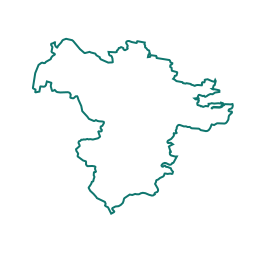 the border of Rostov, rotated 189°
{"feature_id": "RUS-2367", "entity_name": "Rostov", "entity_type": "Region", "adm_level": 1, "iso_a3": "RUS", "parent_name": "Russia", "parent_adm1": "", "projection": "robinson", "projection_center": [41.086, 48.087], "detail": "fine", "context": "isolated", "style": "outline", "palette": "teal", "viewbox_px": 256, "rotation_deg": 189, "n_neighbors": 0, "source": "natural_earth", "source_scale": "10m", "svg_char_len": 5812}
<svg xmlns="http://www.w3.org/2000/svg" viewBox="0 0 256 256"><g transform="rotate(189 128 128)"><path d="M83.8,88.9L84.7,88.7L85.1,86.5L85.8,85.5L88.5,83.7L90.2,81.8L91.6,81.0L91.9,80.6L91.9,79.1L92.5,77.0L89.4,73.2L88.7,72.0L88.5,70.7L89.1,69.4L90.9,68.4L91.4,67.8L91.6,67.0L91.2,66.6L92.7,65.3L93.8,65.0L96.6,65.3L100.6,66.3L103.2,66.3L105.2,65.5L106.4,64.5L107.1,64.2L109.4,63.9L110.6,64.0L113.3,62.5L115.9,62.5L120.5,58.2L120.9,57.2L121.0,55.2L121.4,53.2L123.1,50.9L125.1,49.3L128.1,48.5L130.8,46.5L131.0,45.8L130.7,45.2L128.8,43.7L128.5,43.2L128.8,42.6L131.2,40.8L135.3,46.5L137.8,47.3L138.5,47.8L138.6,48.0L138.3,48.8L138.3,49.8L139.3,51.4L147.7,53.9L148.7,55.0L151.7,57.5L155.4,60.0L157.3,62.4L157.5,63.1L156.3,65.5L155.5,67.4L155.3,69.1L154.3,69.7L154.0,70.1L153.9,72.2L153.5,74.2L153.6,74.7L154.5,76.0L154.7,78.8L154.4,79.2L153.2,79.4L152.9,80.0L154.2,82.4L154.1,84.4L154.9,84.9L157.4,84.9L161.8,84.0L162.9,84.4L163.8,85.6L164.1,87.9L164.5,88.5L167.3,88.9L173.2,92.0L173.4,92.6L173.2,94.7L173.6,95.4L175.4,97.3L176.0,98.9L173.0,102.5L173.1,103.4L174.5,105.5L174.6,106.2L174.2,107.3L173.1,107.8L172.3,109.1L170.9,109.3L170.0,109.8L168.4,109.9L166.5,110.8L165.1,110.6L163.6,111.1L160.9,111.1L156.1,113.1L154.5,114.7L154.3,115.3L155.7,117.6L156.7,119.7L156.4,120.1L154.1,120.4L153.6,120.8L153.5,121.4L153.6,122.1L154.9,123.2L155.2,124.9L155.1,125.2L154.0,125.9L153.6,126.3L152.6,129.0L152.7,129.9L153.0,130.3L154.5,130.4L157.7,130.1L159.3,130.2L160.9,130.8L162.1,129.8L162.9,129.6L168.0,130.9L170.0,132.9L175.8,137.5L177.6,142.4L181.5,148.4L182.6,150.7L183.2,151.4L184.6,151.1L186.4,148.9L187.3,148.7L189.1,148.8L189.7,149.1L189.8,150.1L189.8,152.0L190.9,153.4L192.1,153.9L193.3,153.9L200.4,152.5L203.4,152.4L204.3,152.6L206.3,154.1L207.7,153.1L208.6,152.8L209.4,154.0L210.8,157.1L210.9,158.2L210.7,160.4L211.0,160.7L215.4,161.3L215.8,157.4L216.5,156.2L217.5,155.6L220.9,155.4L221.1,155.2L221.2,150.1L224.7,148.8L225.2,149.0L225.3,151.1L225.4,151.5L227.7,152.2L228.1,152.5L228.2,152.9L228.2,167.7L226.2,176.3L223.9,178.6L223.0,179.1L221.1,178.9L220.1,179.3L219.4,180.5L215.5,183.6L215.0,184.2L214.8,185.6L213.7,187.4L212.0,188.8L211.8,189.4L212.2,189.9L214.9,190.8L215.5,191.5L215.3,196.1L216.9,198.0L217.0,198.5L216.9,199.2L215.5,199.9L213.8,201.2L213.5,201.2L213.4,199.3L212.8,198.2L212.1,197.2L210.9,196.4L210.5,196.4L210.3,196.8L210.0,198.0L207.4,202.0L206.4,204.3L205.6,205.0L203.1,206.4L196.9,206.0L195.7,205.3L187.8,198.4L182.8,195.3L182.2,195.3L177.8,197.2L176.6,196.8L172.3,196.4L171.9,196.3L170.6,194.9L166.9,193.4L166.8,192.7L165.7,191.6L157.8,189.5L153.9,190.3L153.4,190.6L153.4,190.9L154.2,194.1L155.2,196.0L155.8,196.6L157.3,196.8L158.0,197.3L159.1,200.1L152.2,200.8L151.1,201.3L151.1,202.4L150.8,203.1L150.0,203.9L149.6,205.5L148.4,206.0L147.7,206.7L147.1,206.8L145.2,206.2L144.8,205.1L143.7,204.4L142.9,204.5L141.2,205.8L140.8,206.3L140.8,206.7L141.5,207.7L141.1,208.8L141.2,209.3L143.0,211.4L143.2,212.3L142.9,213.2L141.9,213.8L140.6,214.1L137.8,213.5L133.3,213.3L132.8,213.4L132.4,215.1L131.8,215.2L124.8,215.0L124.8,213.1L124.0,212.3L123.9,211.1L123.6,210.3L122.4,209.7L121.0,208.3L119.3,207.8L119.0,207.4L118.7,205.9L118.0,205.2L118.2,204.7L119.0,204.2L119.3,203.5L119.4,201.1L117.4,201.7L117.2,201.9L117.1,203.2L116.6,203.5L111.5,203.6L111.0,203.0L110.8,201.8L110.6,201.6L97.8,201.6L97.1,201.1L96.2,199.4L94.4,199.0L94.3,198.4L94.6,197.9L96.0,196.6L95.9,195.0L94.4,194.3L93.7,191.6L93.5,191.4L88.6,190.9L88.2,190.7L88.0,190.1L88.3,187.6L88.8,187.2L89.9,186.8L90.2,185.1L91.1,183.6L89.1,182.9L87.5,181.9L81.7,181.8L81.3,181.7L80.8,181.0L80.1,180.9L78.0,180.9L77.2,181.4L72.9,181.3L72.3,180.7L69.7,180.4L69.2,180.1L68.6,180.1L67.5,180.9L65.9,181.4L61.8,181.7L61.6,182.3L62.0,183.6L61.9,184.5L61.5,184.9L60.2,184.9L59.7,185.1L59.5,186.1L59.7,187.5L59.4,187.8L56.9,188.6L52.4,187.4L50.2,187.2L49.8,187.5L49.4,189.1L48.7,188.1L49.1,184.0L50.0,183.4L50.3,181.3L50.2,180.1L51.1,179.8L50.7,179.6L49.5,179.5L48.9,179.8L43.9,179.5L43.6,179.3L43.4,177.9L47.6,176.6L49.7,174.6L52.0,174.4L53.8,173.2L55.3,171.7L56.6,170.9L57.3,171.1L57.9,171.7L59.1,171.2L62.7,171.9L63.3,171.7L63.6,171.1L64.1,168.8L64.8,168.2L66.9,167.6L65.8,166.9L64.9,167.0L63.3,168.7L62.8,168.3L62.7,167.9L63.1,166.7L62.5,166.5L62.3,166.2L62.6,164.5L63.1,164.4L63.4,163.9L63.4,162.7L62.8,161.6L60.3,161.3L59.3,160.8L58.8,161.1L57.1,160.6L54.7,161.9L52.4,161.9L51.9,163.2L52.2,164.5L50.5,164.9L49.2,165.6L46.7,165.6L42.6,166.6L39.6,166.7L40.1,167.3L40.1,167.6L38.4,167.4L37.6,167.0L37.1,166.4L37.7,166.2L38.2,165.3L38.9,164.8L39.8,163.4L40.9,162.9L46.9,162.2L48.4,161.0L48.4,160.6L48.1,160.5L47.1,161.7L41.0,162.4L39.6,162.9L38.5,163.7L37.9,164.8L36.6,165.7L36.2,166.5L35.5,166.8L30.2,167.4L28.6,168.0L28.1,166.9L28.0,165.6L28.2,164.4L28.8,163.5L30.9,162.4L31.3,161.8L31.4,161.0L31.1,160.5L30.6,160.3L28.2,160.4L27.8,160.0L27.8,159.3L28.3,158.6L30.1,156.2L30.3,155.0L30.2,152.1L30.7,150.7L31.3,149.3L32.2,148.1L33.3,147.5L40.1,146.7L41.0,146.4L43.4,144.4L45.8,144.6L46.1,144.0L46.4,142.3L47.0,140.4L47.8,138.8L49.0,137.6L50.5,137.1L55.8,137.3L57.5,138.3L58.2,138.4L64.9,137.7L65.5,137.8L67.2,138.7L69.3,138.3L71.0,138.7L73.0,138.3L77.3,139.1L78.3,139.0L79.2,138.3L79.7,137.2L80.0,136.1L79.8,135.0L80.4,133.0L79.9,131.7L79.2,130.8L79.9,130.2L81.9,130.0L82.0,129.6L81.5,128.3L81.6,127.4L82.0,126.6L83.6,124.0L86.4,121.8L86.8,121.1L86.9,120.3L86.4,119.6L85.7,119.5L83.4,120.1L81.1,118.9L83.4,117.3L84.7,116.1L82.8,112.3L82.1,111.7L82.0,111.1L82.8,111.0L82.9,110.6L82.5,108.7L81.8,108.0L81.0,107.6L77.1,107.2L75.3,107.5L77.6,101.0L77.9,100.6L78.7,100.4L79.4,99.1L80.1,98.5L81.5,98.2L85.1,99.3L86.4,99.2L87.9,98.3L88.9,96.8L89.0,96.0L88.3,95.3L87.5,95.2L86.3,96.3L85.6,96.6L84.3,95.6L82.8,95.7L79.4,94.9L78.4,93.2L76.7,91.8L77.0,89.8L77.5,89.5L79.2,89.6L81.8,88.8L83.8,88.9Z" fill="none" stroke="#0f766e" stroke-width="2"/></g></svg>